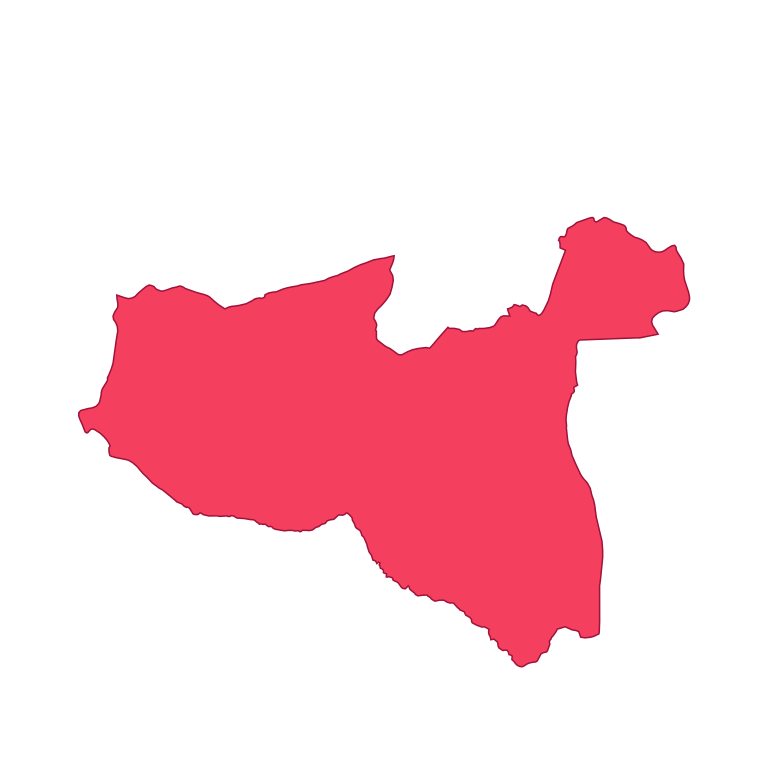 Svay Chrum, Svay Rieng, Cambodia (Robinson projection), rotated 288°
{"feature_id": "14789045B97733863188211", "entity_name": "Svay Chrum", "entity_type": "district", "adm_level": 2, "iso_a3": "KHM", "parent_name": "Cambodia", "parent_adm1": "Svay Rieng", "projection": "robinson", "projection_center": [105.695, 11.124], "detail": "fine", "context": "isolated", "style": "filled", "palette": "rose", "viewbox_px": 768, "rotation_deg": 288, "n_neighbors": 0, "source": "geoboundaries", "source_scale": "gbopen_adm2", "svg_char_len": 6171}
<svg xmlns="http://www.w3.org/2000/svg" viewBox="0 0 768 768"><g transform="rotate(288 384 384)"><path d="M212.7,665.6L214.4,665.4L224.4,662.6L258.7,651.4L265.0,650.3L286.5,645.6L293.3,643.4L301.8,639.9L323.0,627.0L334.1,621.7L338.3,619.2L342.8,615.8L348.5,612.4L352.9,607.7L355.4,603.3L357.4,600.5L359.0,598.7L366.3,591.8L374.1,584.9L379.0,582.0L384.1,577.8L387.4,576.0L398.6,571.0L400.6,570.6L405.8,568.3L409.6,567.3L418.0,565.9L424.4,565.4L430.7,565.8L432.1,565.3L434.0,566.7L435.8,567.3L437.5,566.6L438.4,565.8L439.6,565.6L442.7,568.5L445.5,566.6L454.7,562.3L464.0,559.7L469.3,557.7L471.8,558.1L474.1,557.8L478.0,555.8L480.7,555.0L482.4,555.0L485.2,555.6L486.4,556.8L506.5,611.5L506.6,612.5L516.1,629.3L523.0,621.2L526.1,619.2L529.8,619.0L532.8,620.4L537.0,623.4L539.7,626.7L541.5,631.4L542.4,637.7L543.5,639.7L547.5,645.3L550.7,647.3L554.2,648.5L558.4,648.6L561.3,647.6L565.4,645.3L575.5,637.9L579.4,635.8L583.7,634.1L590.7,632.0L595.4,627.7L600.3,622.0L602.2,620.3L603.8,619.8L604.8,619.0L605.7,617.5L604.4,615.1L601.1,612.2L597.8,609.7L595.6,607.5L594.4,604.9L593.6,601.5L593.9,598.2L594.8,596.0L599.6,589.4L600.9,584.4L601.2,580.5L601.0,577.2L602.0,573.3L603.1,570.2L604.3,567.9L605.4,566.6L606.5,566.5L608.4,564.9L609.1,563.1L609.3,558.6L609.1,552.1L610.3,547.6L610.7,544.3L610.3,541.8L603.6,535.9L603.9,534.0L604.5,533.2L606.0,532.7L606.9,531.3L606.4,529.9L605.0,527.7L597.0,517.3L594.2,515.7L592.1,514.1L588.9,510.9L587.5,510.5L583.3,511.0L581.3,510.8L579.9,510.3L579.4,508.9L579.3,507.8L578.7,506.4L577.3,505.7L574.6,505.6L574.1,506.7L571.8,508.1L567.9,509.4L567.3,515.3L531.3,513.6L520.8,514.5L513.9,514.6L503.7,513.2L499.5,512.1L497.0,510.2L497.2,508.6L498.3,507.0L498.2,504.9L498.5,500.5L501.4,496.9L502.1,494.7L501.9,491.0L499.7,489.4L500.0,485.5L499.7,483.2L497.0,482.4L494.4,479.6L493.7,478.3L492.4,479.0L487.5,482.7L485.8,476.8L484.3,474.6L480.9,473.0L474.7,471.4L472.9,470.5L470.3,467.1L467.8,462.1L466.0,456.8L465.2,456.2L465.1,454.0L461.9,452.3L461.3,449.6L459.3,446.0L458.1,442.2L459.2,438.9L458.6,433.5L457.1,428.9L457.7,427.3L446.0,422.2L435.9,418.1L432.1,416.3L431.8,413.2L431.0,411.2L428.3,405.5L425.4,400.5L421.9,396.4L417.1,391.7L416.4,388.6L419.5,379.0L420.1,374.6L420.6,372.8L423.6,364.3L425.1,362.7L432.0,360.4L432.6,359.3L437.8,358.9L440.2,357.2L443.5,353.8L448.7,353.3L453.3,354.9L458.7,357.7L464.8,360.2L471.3,362.0L478.8,361.7L485.4,360.8L489.6,358.9L494.2,354.2L502.2,354.8L505.6,354.7L509.1,354.0L508.1,352.2L503.6,345.1L502.9,343.3L498.8,335.7L493.7,329.5L490.2,324.8L485.5,319.7L480.1,314.6L475.5,308.9L472.9,306.4L470.4,302.5L467.6,298.8L464.2,295.6L456.5,282.3L453.0,275.0L450.3,271.0L448.3,267.1L445.6,262.3L442.7,258.1L438.3,253.0L437.1,250.0L434.8,246.0L432.1,243.3L430.2,243.5L429.2,243.2L427.6,241.3L427.5,239.4L426.2,236.7L424.8,234.7L422.8,233.2L417.8,228.2L414.0,222.0L412.5,219.1L410.8,215.2L409.1,212.5L406.3,209.5L408.2,202.3L410.3,196.9L412.9,191.1L413.4,188.7L413.5,185.6L413.1,176.7L413.4,165.6L414.0,163.5L414.3,160.8L413.8,158.9L412.4,157.2L409.9,152.9L405.4,147.1L403.5,143.8L403.6,139.0L404.1,137.5L405.6,135.0L405.8,131.9L405.5,130.0L403.1,127.6L400.8,126.1L394.3,122.1L390.4,120.3L388.0,117.9L386.2,114.5L385.9,111.0L386.0,102.4L382.2,103.9L378.1,106.1L374.6,107.1L369.0,105.6L364.9,105.3L361.7,106.9L359.7,109.7L356.4,112.5L352.1,114.4L343.6,115.7L319.9,119.9L314.6,120.0L308.1,119.6L304.5,119.0L302.7,119.8L301.3,119.8L292.2,117.6L288.7,117.7L286.1,118.4L279.7,119.0L276.9,118.7L273.6,116.9L271.0,113.7L269.3,110.3L265.1,103.8L262.5,102.6L259.6,103.4L256.9,105.3L252.5,109.3L246.1,114.6L245.6,116.2L246.1,117.2L250.0,119.0L251.1,120.3L251.3,122.7L249.5,129.3L247.1,134.4L245.1,137.7L243.2,140.1L240.6,142.6L238.1,142.2L234.6,143.4L231.6,145.1L231.0,146.4L231.1,151.3L232.4,161.9L232.5,164.9L231.5,169.3L229.3,174.5L224.3,182.6L222.2,187.2L218.3,194.2L215.5,202.5L214.8,206.2L209.1,220.8L207.9,223.2L207.4,229.1L205.9,231.9L205.6,234.3L206.3,235.1L205.7,237.5L201.4,242.6L201.4,244.6L202.3,247.3L204.7,249.0L204.5,250.6L203.9,252.3L204.4,258.3L207.0,265.9L207.4,268.9L209.8,274.8L209.9,277.0L210.5,278.5L211.5,279.0L212.0,281.6L211.1,285.6L212.9,292.9L213.8,299.1L214.4,301.2L214.5,302.8L213.3,305.6L213.0,307.1L212.1,308.9L212.9,310.1L213.1,312.5L214.0,314.0L213.7,315.3L213.1,316.6L212.7,318.4L213.5,320.3L213.6,321.3L212.6,323.1L212.3,324.7L212.4,326.4L213.6,334.7L215.3,338.4L216.5,342.3L216.6,344.5L218.0,347.9L217.5,349.7L218.3,350.9L219.7,351.6L221.2,356.9L221.4,358.1L223.2,361.2L226.7,363.6L228.2,366.0L231.1,367.9L233.2,371.1L236.4,372.3L238.4,375.1L239.2,377.1L240.2,378.4L245.4,381.2L246.5,385.3L248.0,387.1L249.2,387.6L249.9,388.3L249.4,390.4L248.2,393.0L246.9,395.0L244.7,396.0L242.3,398.7L239.1,401.2L238.3,402.5L237.3,406.4L235.3,408.3L233.1,409.8L232.0,412.2L226.2,417.3L224.2,418.4L219.6,421.8L217.2,425.0L213.0,428.0L213.2,430.6L211.0,432.7L213.0,434.0L212.4,435.6L210.4,435.3L209.7,436.3L207.7,437.5L207.6,438.8L206.9,440.9L204.3,441.8L204.2,445.0L201.2,445.8L201.4,447.0L202.2,447.9L202.3,451.1L201.8,452.6L200.4,453.0L199.8,455.7L199.9,456.9L199.2,459.1L196.0,463.4L195.5,464.7L195.5,465.9L195.9,467.7L199.5,469.4L198.5,470.9L197.1,471.6L196.5,472.6L194.5,477.8L193.6,478.8L193.0,481.7L195.0,485.9L196.6,490.2L195.9,491.1L195.2,494.2L194.5,494.9L194.0,495.9L193.2,499.6L195.5,503.5L196.9,507.7L196.0,511.6L196.1,514.7L197.0,516.4L197.0,518.0L194.1,523.0L193.3,525.1L192.6,525.8L192.2,530.7L189.5,533.0L188.5,537.8L187.2,539.9L185.4,540.6L184.1,541.7L183.2,547.4L183.1,552.2L184.1,554.8L183.1,559.9L181.4,559.8L179.5,560.5L177.6,561.8L176.5,563.2L173.8,564.6L175.4,567.6L174.7,568.9L173.8,571.4L171.9,572.8L170.9,573.0L168.6,574.6L167.4,578.6L167.4,579.9L168.0,580.7L168.6,582.2L168.6,583.7L167.4,585.2L165.2,586.5L165.4,588.6L164.8,590.0L161.4,590.8L160.5,592.9L158.4,596.0L157.6,597.9L157.3,600.7L157.8,602.8L158.8,604.0L161.5,606.2L163.3,608.1L165.1,611.0L166.6,614.3L168.1,615.4L175.7,616.7L177.4,618.1L179.3,621.3L180.7,621.9L187.8,622.1L190.6,620.7L192.9,621.6L194.8,621.7L196.9,622.7L201.1,624.0L204.4,624.6L209.1,631.3L208.3,638.6L208.9,643.3L208.6,645.8L204.0,649.3L204.7,653.6L206.8,658.3L208.5,661.1L212.7,665.6Z" fill="#f43f5e" stroke="#9f1239" stroke-width="1.5"/></g></svg>